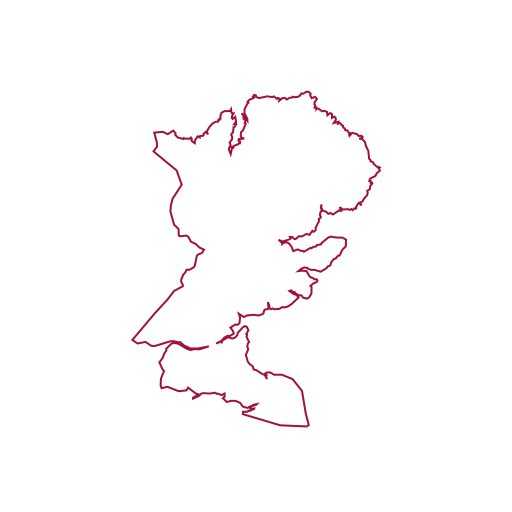 outline of Tomil, Yap, Federated States of Micronesia, rotated 227°
{"feature_id": "79324940B66206681775054", "entity_name": "Tomil", "entity_type": "district", "adm_level": 2, "iso_a3": "FSM", "parent_name": "Federated States of Micronesia", "parent_adm1": "Yap", "projection": "orthographic", "projection_center": [138.15, 9.542], "detail": "fine", "context": "isolated", "style": "outline", "palette": "rose", "viewbox_px": 512, "rotation_deg": 227, "n_neighbors": 0, "source": "geoboundaries", "source_scale": "gbopen_adm2", "svg_char_len": 6150}
<svg xmlns="http://www.w3.org/2000/svg" viewBox="0 0 512 512"><g transform="rotate(227 256 256)"><path d="M278.9,108.3L272.8,109.7L268.5,116.6L261.7,118.2L259.3,120.4L252.3,134.7L250.2,137.4L245.3,140.8L244.9,141.8L239.7,142.3L233.1,145.0L227.6,150.9L222.1,159.9L226.2,151.2L230.2,147.0L231.8,144.0L234.7,142.4L245.1,139.2L248.0,137.1L249.6,134.3L249.4,127.0L247.9,125.9L247.3,122.6L245.0,117.9L244.1,112.8L237.3,110.5L234.6,110.3L231.1,102.8L226.3,97.9L223.7,96.8L220.8,102.0L209.9,107.2L205.2,113.4L206.0,116.6L196.4,118.2L194.3,119.5L193.9,119.0L195.3,113.2L194.6,112.7L192.5,119.5L192.9,121.7L191.5,124.1L187.0,128.3L183.8,132.9L181.8,133.3L181.4,134.3L177.8,135.9L176.8,139.2L174.5,137.1L174.6,134.8L169.1,135.1L167.2,138.8L164.0,142.2L159.6,144.2L154.8,143.7L150.8,146.1L148.5,153.5L147.1,155.7L147.1,154.5L149.0,150.7L148.6,147.8L147.2,147.8L145.7,150.8L145.4,150.4L147.1,145.5L147.9,145.2L148.1,143.2L150.9,140.3L149.3,138.5L115.7,158.2L96.8,176.8L96.4,179.3L106.9,185.0L125.9,197.6L141.0,198.8L151.6,193.9L156.9,188.2L160.6,187.2L162.0,186.1L163.7,183.9L163.7,182.6L161.6,182.5L161.6,181.5L158.5,180.2L163.8,181.4L164.5,180.4L172.5,178.3L174.6,176.9L177.6,178.4L181.3,177.6L184.4,178.0L190.7,181.2L193.1,186.8L195.6,187.8L197.5,190.2L197.7,192.2L203.4,194.0L204.5,195.9L205.6,195.7L206.8,199.8L210.5,201.0L212.2,200.2L212.8,197.6L212.2,190.0L210.9,188.6L210.6,185.1L211.8,182.4L215.8,180.0L217.1,173.9L216.3,172.1L217.2,172.2L219.2,167.1L217.5,172.9L217.9,177.1L216.9,181.1L215.9,181.3L215.2,182.9L214.4,186.8L216.8,188.0L221.1,188.5L220.0,194.1L218.2,195.7L218.1,198.1L222.0,202.5L225.5,204.1L219.6,205.5L218.8,208.6L214.9,213.8L210.6,217.5L209.3,220.5L208.9,222.2L210.6,224.8L210.6,226.3L209.0,228.5L209.2,229.5L214.1,233.2L211.0,232.1L208.8,230.4L207.0,230.5L206.4,232.3L204.6,233.0L201.4,237.0L200.7,240.5L198.9,241.8L197.4,244.7L196.6,249.1L196.6,258.9L199.8,259.0L202.8,257.5L207.7,256.6L207.3,257.5L206.8,258.4L204.4,258.3L203.4,259.6L201.1,259.5L198.3,260.5L196.0,262.4L193.5,262.0L192.1,262.7L191.8,263.4L190.0,264.1L189.5,266.4L190.7,270.9L195.2,275.3L197.0,275.4L196.8,279.3L195.6,282.3L195.9,284.0L196.8,284.5L198.0,284.2L199.2,282.7L200.5,282.8L203.9,281.2L210.5,282.6L213.9,279.7L216.0,276.8L215.7,280.7L214.7,283.4L212.5,285.3L210.9,285.4L208.4,286.8L205.7,289.5L200.4,292.6L199.0,299.2L199.5,301.3L198.6,303.2L198.7,304.7L200.1,306.7L200.7,310.5L199.9,312.3L200.3,316.2L199.3,317.5L201.7,323.4L201.8,328.2L206.6,333.0L210.4,331.8L215.1,327.0L219.0,324.1L220.3,321.1L220.7,312.3L220.2,311.5L222.4,307.9L222.1,306.1L223.6,304.2L223.9,301.7L224.8,301.4L226.5,293.8L228.0,293.7L229.2,292.3L232.3,291.1L234.2,286.6L238.8,288.4L242.6,288.7L245.2,287.8L246.9,285.1L246.9,283.3L247.8,284.0L252.4,283.6L248.9,285.1L248.1,286.1L245.2,292.2L245.3,293.5L246.7,293.8L245.1,295.5L242.2,295.7L241.4,296.5L241.2,300.9L239.0,302.9L237.7,308.0L235.0,309.5L236.0,314.4L234.5,314.5L234.2,315.6L234.3,317.4L236.1,319.1L238.4,325.6L240.3,327.3L239.9,328.9L240.5,330.2L242.0,330.4L244.0,332.8L244.2,334.8L248.0,337.1L248.8,339.3L247.5,337.0L243.7,335.7L240.6,337.5L238.1,337.5L237.2,338.0L237.0,339.6L233.8,340.7L232.6,348.7L231.3,348.4L230.9,349.2L233.9,350.4L233.7,350.8L231.0,351.0L227.5,355.2L225.8,356.1L225.2,357.8L223.6,357.9L223.8,360.2L222.6,361.1L222.7,362.1L223.6,362.5L224.8,367.6L224.4,368.1L222.1,367.5L221.9,368.0L224.1,368.4L223.3,371.2L224.2,373.5L224.7,378.7L225.9,380.7L227.8,381.9L227.2,384.6L229.5,387.8L229.7,390.6L230.4,390.9L231.2,389.7L232.7,391.0L233.6,390.1L234.8,392.1L233.1,398.2L234.2,400.6L233.9,404.4L234.4,405.1L236.6,405.6L236.4,406.8L237.5,406.4L237.4,405.6L239.5,405.3L242.8,404.9L244.9,405.5L247.2,404.4L248.1,405.2L249.9,405.0L256.2,409.8L261.7,411.5L265.0,413.4L268.9,413.5L271.4,411.5L270.2,413.8L270.3,415.2L271.9,415.1L273.9,412.9L276.4,413.0L280.5,410.2L280.1,406.3L281.3,406.9L281.9,408.5L282.9,408.0L285.8,408.4L287.0,407.1L288.7,407.9L290.6,407.4L291.9,408.5L293.8,407.8L295.4,408.2L296.4,407.8L296.9,406.2L298.0,407.8L300.2,403.6L301.1,407.2L302.4,408.3L304.6,408.4L305.2,405.8L308.0,408.4L310.1,407.6L310.2,404.2L313.1,406.2L315.4,405.1L316.8,403.0L321.0,402.2L322.4,401.0L322.3,400.3L323.5,401.5L324.6,400.1L325.8,402.0L327.1,402.2L328.4,403.6L329.3,407.7L332.1,407.8L333.4,404.4L336.4,405.1L337.4,406.6L340.4,406.4L341.8,404.7L342.6,401.0L344.0,400.0L343.3,397.7L343.8,395.2L346.3,392.0L347.4,391.5L347.2,390.6L348.8,388.4L349.5,385.2L351.9,385.0L353.5,382.7L353.7,378.8L355.2,380.5L356.8,379.7L356.7,378.5L360.6,377.9L361.1,376.3L365.2,373.0L369.4,365.9L372.6,364.5L373.4,365.4L375.1,364.6L374.7,362.5L373.3,362.7L373.2,361.9L374.7,357.9L374.6,355.1L374.0,354.6L372.8,355.5L373.5,354.1L371.1,347.7L368.5,345.1L362.1,343.1L360.7,341.9L370.2,343.0L366.4,342.0L365.0,340.5L362.1,340.8L361.1,338.5L359.7,338.7L356.8,332.3L356.7,329.3L354.0,326.6L352.3,326.2L349.9,327.5L353.2,323.2L352.5,321.9L350.5,322.6L349.4,321.1L350.2,320.5L349.9,319.4L351.6,314.8L350.7,313.4L352.2,313.1L352.4,312.4L351.2,311.9L347.8,307.0L352.8,309.0L354.8,313.4L356.8,313.9L357.8,318.3L359.7,320.1L361.2,320.3L362.1,321.4L362.1,323.6L365.5,327.4L365.1,328.6L365.9,331.5L366.6,331.9L367.4,330.4L367.9,333.1L371.9,335.7L372.1,332.4L373.4,332.4L374.9,334.3L375.6,337.0L377.4,335.7L380.3,337.8L379.7,336.0L383.5,331.6L384.3,328.3L382.4,325.1L380.6,323.6L381.3,322.1L380.5,321.9L380.9,320.8L380.2,319.8L381.7,318.0L382.5,314.9L382.2,310.3L380.7,305.0L377.7,303.9L381.0,303.9L381.2,301.2L380.3,300.6L380.1,299.3L381.9,296.8L381.0,295.7L383.4,294.9L382.0,289.8L380.3,288.2L383.3,287.4L384.5,287.6L385.4,288.9L387.0,289.2L387.1,287.4L390.4,283.9L391.5,283.7L391.3,282.5L396.1,279.6L399.7,279.6L400.6,280.9L404.1,281.0L405.3,274.5L410.4,272.5L415.6,265.7L406.6,260.9L403.5,258.3L402.4,252.4L372.7,256.3L358.8,250.3L354.7,233.9L351.2,228.5L347.0,223.8L334.9,217.5L328.4,217.7L323.7,213.5L322.2,213.9L318.4,219.0L316.2,219.6L310.8,218.2L305.9,220.1L300.8,220.4L296.1,222.3L295.1,218.5L296.7,214.2L296.3,212.6L290.7,204.7L290.2,202.7L291.3,198.0L293.3,195.8L292.1,192.7L292.0,190.1L289.7,185.2L288.2,183.7L284.5,182.7L283.8,181.8L286.3,172.3L284.5,161.5L283.1,142.9L278.9,108.3Z" fill="none" stroke="#9f1239" stroke-width="2"/></g></svg>